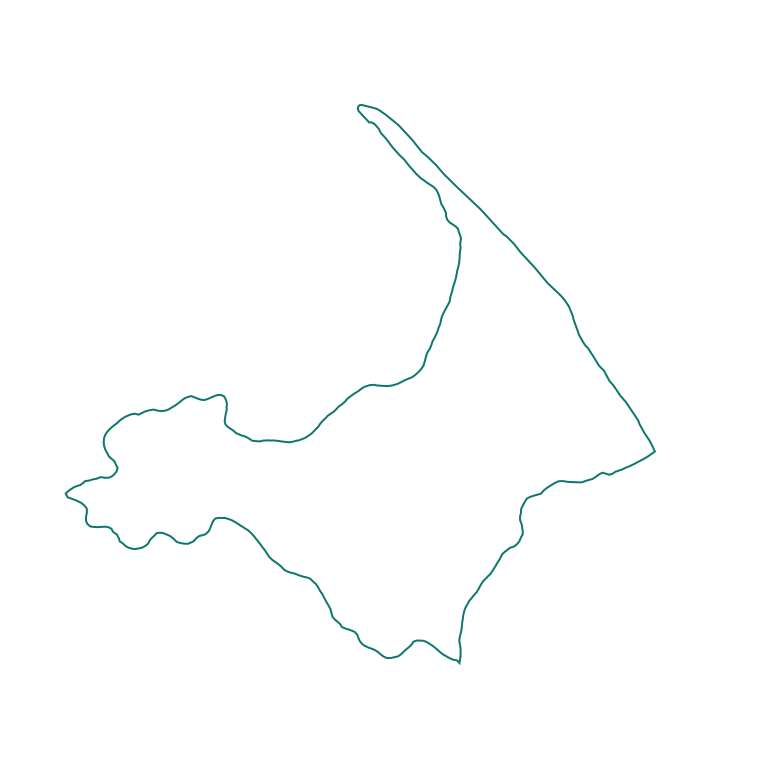 the district of I-2 Waini, Barima-Waini, Guyana, rotated 15°
{"feature_id": "73187651B25125705574502", "entity_name": "I-2 Waini", "entity_type": "district", "adm_level": 2, "iso_a3": "GUY", "parent_name": "Guyana", "parent_adm1": "Barima-Waini", "projection": "mercator", "projection_center": [-59.589, 7.691], "detail": "fine", "context": "isolated", "style": "outline", "palette": "teal", "viewbox_px": 768, "rotation_deg": 15, "n_neighbors": 0, "source": "geoboundaries", "source_scale": "gbopen_adm2", "svg_char_len": 5901}
<svg xmlns="http://www.w3.org/2000/svg" viewBox="0 0 768 768"><g transform="rotate(15 384 384)"><path d="M302.0,135.2L304.4,134.5L307.8,135.5L310.7,137.3L313.3,139.2L315.8,142.2L318.8,144.1L322.3,146.4L325.3,148.7L328.6,151.3L331.6,153.6L335.6,156.2L339.2,158.6L342.1,160.2L344.9,161.6L347.7,163.7L350.6,165.9L353.7,168.1L356.4,169.7L359.9,172.2L363.7,174.3L366.4,175.8L369.8,176.9L372.7,178.2L376.8,179.5L380.6,180.7L383.6,182.4L386.4,185.1L388.6,188.1L390.7,191.8L392.9,195.5L395.4,197.8L397.5,200.1L399.6,202.7L400.5,205.8L402.4,208.8L405.4,210.9L408.8,212.0L412.6,213.3L415.3,215.0L417.2,218.2L419.2,220.9L420.8,223.8L421.2,228.4L422.8,233.0L423.1,236.3L423.7,239.6L424.5,243.1L425.2,247.5L425.5,251.6L425.4,255.5L425.8,259.9L426.0,263.7L425.9,268.7L425.6,272.3L425.8,276.0L425.7,280.5L425.6,283.7L426.1,287.4L425.2,291.3L424.2,295.4L423.3,299.0L422.5,303.5L422.5,307.6L422.8,311.2L422.2,315.5L422.0,319.8L421.4,323.3L420.7,327.1L419.8,330.2L419.7,333.6L419.1,338.3L417.9,341.8L417.4,345.7L417.5,349.0L417.5,352.5L417.4,355.8L416.4,359.0L414.9,362.3L412.4,366.4L409.7,369.9L406.7,372.2L403.2,374.9L399.9,377.9L397.3,380.2L393.4,382.7L390.3,384.2L387.1,385.3L383.9,386.0L380.8,386.6L377.6,387.2L374.4,387.4L370.3,388.9L365.9,391.8L363.7,394.0L360.9,397.7L358.3,400.4L355.7,403.5L352.7,407.3L350.7,411.4L348.8,414.2L345.9,417.8L344.1,421.3L342.4,424.0L338.0,429.1L336.4,432.2L334.4,435.3L332.7,438.8L331.5,442.5L329.9,445.2L328.4,447.9L326.8,450.8L324.4,453.6L321.9,456.3L319.2,458.4L316.5,460.4L313.6,461.7L310.5,463.6L307.6,464.8L304.0,465.4L299.9,466.0L295.6,466.5L292.3,467.0L289.3,467.9L286.0,468.6L282.0,469.9L279.2,471.5L275.4,472.3L271.4,472.9L268.3,471.8L263.8,470.6L260.1,470.6L257.1,470.2L253.8,469.7L250.5,468.0L247.5,467.0L244.3,465.9L241.3,464.0L239.7,461.1L239.2,456.9L238.9,453.8L238.8,450.0L238.0,447.0L237.4,443.7L235.5,440.3L232.8,437.4L229.5,436.7L226.1,437.7L223.4,439.5L220.1,442.1L217.6,444.1L214.9,445.9L211.8,446.5L208.6,446.4L205.0,446.0L201.1,445.6L198.0,447.2L195.1,449.5L193.1,451.9L190.5,455.6L187.6,459.1L184.9,461.8L182.6,464.3L179.7,466.3L175.6,468.0L172.3,468.3L168.2,468.3L164.6,469.9L160.7,472.1L158.1,474.3L154.8,477.2L151.6,477.1L148.3,478.3L145.7,480.2L142.7,482.5L140.1,485.3L138.1,487.9L135.8,491.6L133.5,494.4L131.4,497.5L129.4,501.0L128.0,504.8L127.6,508.8L128.3,512.8L129.7,516.3L131.9,519.6L134.7,522.6L137.3,525.3L140.6,526.9L143.6,528.4L146.0,531.4L148.4,534.1L148.3,537.7L146.9,541.0L145.1,543.6L142.3,545.8L138.5,546.9L134.3,547.3L130.9,549.9L127.8,551.3L123.7,553.8L120.5,555.1L118.8,557.8L116.6,560.3L113.7,562.1L111.0,564.2L108.5,567.0L106.6,569.5L104.9,572.2L107.7,575.3L116.5,576.1L122.5,577.2L126.2,579.0L129.2,581.3L130.3,585.2L130.5,589.1L131.6,593.3L133.7,596.0L137.4,597.6L140.5,597.2L144.0,596.5L147.0,595.6L150.8,594.2L154.3,593.6L158.1,594.3L160.5,596.9L165.3,598.7L167.9,601.8L169.6,604.5L172.9,605.5L176.5,607.5L179.6,608.2L183.4,608.3L186.6,607.8L190.1,606.1L193.3,604.3L195.6,601.8L197.5,599.3L198.2,595.8L199.6,592.7L201.4,590.0L203.1,586.8L206.1,585.6L209.1,585.1L213.8,585.7L217.0,586.3L220.9,588.0L224.7,590.2L228.1,590.3L232.1,590.0L236.0,589.1L238.8,586.9L241.1,584.8L242.5,581.7L244.8,578.7L247.9,577.0L250.5,575.3L252.8,571.6L253.4,568.4L253.8,564.5L254.4,560.6L255.8,557.7L258.7,556.2L262.3,555.3L265.4,554.5L268.7,554.7L271.9,554.9L275.7,555.8L279.7,557.1L282.8,558.1L286.0,559.1L290.6,560.5L294.4,562.5L297.2,564.3L300.5,566.7L303.2,568.7L305.8,570.6L308.5,572.9L312.2,575.6L315.2,578.4L318.0,580.8L321.6,582.8L325.0,584.1L328.7,585.4L331.7,586.8L335.5,589.2L339.0,590.1L343.0,590.4L346.1,590.2L352.6,590.9L356.7,591.0L359.7,590.8L363.4,591.3L367.2,593.5L370.2,594.9L373.2,597.7L376.1,600.7L378.6,602.7L381.8,606.3L384.0,608.6L387.8,612.4L390.6,615.4L392.7,619.1L394.7,622.4L397.6,624.3L400.7,625.7L403.8,627.3L406.3,629.7L410.4,630.2L413.5,630.3L416.7,630.6L420.0,631.1L423.1,633.1L425.1,636.1L427.3,638.7L429.9,640.5L432.7,641.8L436.9,642.6L441.1,642.9L444.3,643.4L447.4,644.4L450.8,646.0L453.9,647.3L457.9,648.0L462.0,646.7L464.7,645.2L468.0,643.5L470.8,640.1L472.5,637.1L474.2,634.5L476.1,631.9L478.2,628.4L479.0,625.4L482.0,623.3L485.3,622.5L488.8,621.8L492.0,622.2L495.2,623.2L498.2,624.1L503.9,626.6L507.1,628.2L510.8,629.9L514.4,630.8L518.4,631.9L522.4,632.4L526.3,632.1L529.1,634.0L528.4,627.1L527.2,622.6L526.2,619.0L524.5,615.6L523.1,612.2L522.6,608.0L522.6,603.9L522.4,600.7L521.3,594.0L520.9,590.5L520.4,586.4L520.3,582.2L520.6,579.1L521.6,575.0L522.3,571.8L524.0,568.3L525.3,565.1L527.4,561.1L528.5,557.1L529.5,552.7L530.9,548.7L532.6,545.7L534.2,542.8L536.0,539.8L537.3,536.1L538.8,531.1L539.8,527.3L541.2,523.1L542.1,518.1L544.1,514.8L546.1,512.3L548.0,509.7L551.8,507.2L554.0,504.2L555.5,500.8L556.0,496.7L556.9,493.1L556.0,490.0L554.7,486.9L553.2,483.8L550.7,480.3L549.7,476.7L549.7,473.5L548.8,469.0L549.7,464.6L550.5,461.4L551.7,457.6L554.3,455.3L557.3,453.3L564.0,449.3L565.9,445.4L568.5,441.9L571.1,439.1L574.6,435.4L577.9,432.7L582.1,431.4L585.6,431.1L589.2,430.5L597.5,428.6L600.7,427.7L603.9,425.4L610.2,421.6L613.5,417.8L615.6,415.1L618.2,413.1L621.8,413.2L625.0,413.4L627.9,411.6L630.1,409.0L636.7,404.5L639.2,402.3L642.9,399.5L646.5,396.4L650.0,393.1L653.9,389.5L657.1,386.3L659.2,383.9L661.7,380.8L663.1,379.1L659.1,374.2L654.9,369.7L648.1,363.8L641.3,356.7L638.8,353.2L637.6,352.2L622.4,338.9L615.4,334.2L606.0,326.0L601.2,322.9L592.8,314.0L586.9,310.7L580.6,304.6L571.6,296.4L568.7,294.8L565.3,291.9L559.9,286.3L556.8,281.8L550.5,272.8L548.7,269.3L542.6,261.3L537.5,256.8L532.5,253.2L515.9,244.2L512.4,241.7L499.7,232.7L481.3,221.1L473.9,215.4L473.7,215.3L464.2,209.7L460.4,208.4L433.9,191.4L432.5,190.5L401.6,173.8L393.0,168.9L387.2,165.6L378.5,159.6L368.5,153.9L360.6,150.1L353.1,144.6L347.7,140.6L331.0,130.2L315.1,123.1L312.3,122.1L307.9,120.6L305.1,120.0L290.2,120.2L288.2,121.1L287.3,122.9L287.5,125.0L288.8,126.9L302.0,135.2Z" fill="none" stroke="#0f766e" stroke-width="2"/></g></svg>